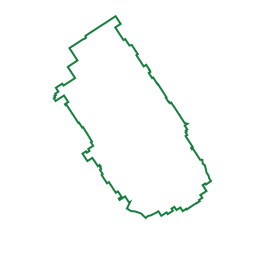 Tammin, Western Australia, Australia (orthographic projection), rotated 327°
{"feature_id": "25037944B7078020583356", "entity_name": "Tammin", "entity_type": "district", "adm_level": 2, "iso_a3": "AUS", "parent_name": "Australia", "parent_adm1": "Western Australia", "projection": "orthographic", "projection_center": [117.495, -31.605], "detail": "fine", "context": "isolated", "style": "outline", "palette": "green", "viewbox_px": 256, "rotation_deg": 327, "n_neighbors": 0, "source": "geoboundaries", "source_scale": "gbopen_adm2", "svg_char_len": 4748}
<svg xmlns="http://www.w3.org/2000/svg" viewBox="0 0 256 256"><g transform="rotate(327 128 128)"><path d="M93.9,213.2L96.0,212.7L96.3,212.7L97.0,212.8L98.4,213.3L99.6,213.7L100.6,213.8L101.3,213.9L102.9,214.1L103.9,214.2L104.4,214.2L105.2,214.3L105.6,214.4L105.9,214.4L106.2,214.4L107.0,214.4L107.9,214.4L108.1,214.4L108.1,219.8L114.4,219.8L114.4,221.9L116.7,221.9L120.6,221.8L120.6,219.4L123.9,219.4L123.9,221.3L123.9,221.8L123.9,222.2L123.9,222.4L124.0,223.2L124.7,223.2L128.6,223.2L128.6,224.2L128.6,224.3L128.6,225.1L128.6,227.3L128.6,227.5L132.9,227.5L132.9,228.3L144.6,228.2L144.6,228.5L148.3,228.5L148.2,227.1L152.3,227.0L152.3,224.2L152.2,223.6L159.5,223.6L159.5,217.7L159.5,216.6L162.5,216.6L162.5,217.8L168.5,217.8L168.7,217.6L168.7,217.4L168.7,217.2L168.7,216.8L168.7,216.1L168.7,214.8L168.8,214.7L168.8,214.4L168.8,214.2L169.0,213.5L169.3,212.7L169.5,212.2L169.6,211.9L169.6,211.7L169.6,211.2L169.6,210.6L169.6,209.6L169.6,208.6L169.6,208.2L169.7,207.9L170.0,207.1L170.4,206.1L170.7,205.3L171.1,204.2L171.4,203.3L171.7,202.6L171.8,202.1L172.0,201.5L172.1,201.3L172.1,201.1L172.1,200.9L172.1,200.7L172.0,200.4L171.9,200.3L171.8,200.0L171.5,199.6L171.5,199.4L171.3,199.2L171.3,198.8L171.3,198.6L171.4,198.3L171.5,198.1L171.7,197.7L171.9,197.3L172.1,197.0L172.2,196.9L172.3,196.6L172.5,196.2L172.7,195.7L172.8,195.6L172.9,195.2L173.0,195.1L172.9,195.0L172.6,194.9L172.1,194.6L171.2,194.0L171.2,180.7L170.1,180.7L170.1,179.1L171.9,179.1L171.9,171.2L171.9,169.7L171.9,168.0L171.9,166.7L171.9,166.1L173.9,166.1L173.9,163.0L175.1,163.0L175.1,161.6L176.9,161.6L176.9,156.8L180.1,156.8L179.5,156.1L179.0,155.5L178.3,154.7L178.2,154.6L178.2,153.8L178.2,153.7L178.2,153.4L178.2,153.0L178.2,152.9L178.2,152.5L178.2,152.4L178.2,152.1L178.2,151.9L178.2,151.4L178.2,151.2L178.2,150.8L178.2,150.6L178.2,150.4L178.2,150.1L178.2,149.8L178.2,149.7L178.2,149.1L178.2,148.7L178.2,148.4L178.2,148.1L178.2,147.9L178.2,147.6L178.2,147.4L178.2,147.1L178.2,146.9L178.3,145.7L178.2,145.7L178.2,135.0L178.0,134.6L178.1,134.4L178.1,130.2L176.7,130.2L176.7,128.4L176.2,128.4L176.2,123.2L177.0,123.2L177.0,107.2L176.6,107.2L176.6,99.4L175.4,99.4L175.4,98.4L175.4,98.0L175.4,97.4L175.4,96.3L175.4,95.4L175.4,94.1L175.4,93.1L177.3,93.1L177.3,91.3L177.7,91.3L177.7,84.9L174.7,84.9L174.7,74.6L174.7,71.5L176.4,71.5L176.4,71.4L176.4,60.4L175.3,60.0L174.1,59.6L174.1,51.9L173.4,51.8L172.1,51.8L172.1,36.7L174.2,36.7L175.7,36.7L177.3,36.7L178.3,36.7L178.5,36.7L178.5,35.7L178.5,34.5L178.5,33.3L178.5,31.4L178.5,30.2L178.5,29.8L178.5,27.5L175.1,27.5L172.2,27.5L169.2,27.5L167.9,27.5L166.0,27.5L165.4,27.5L162.7,27.5L159.7,27.5L159.0,27.5L157.7,27.5L156.1,27.5L154.6,27.5L151.5,27.5L149.3,27.5L144.3,27.5L142.9,27.5L142.7,27.6L142.4,27.7L142.4,27.8L142.3,28.0L142.2,28.1L142.2,28.8L142.2,29.0L142.1,29.3L141.9,29.4L141.7,29.5L140.7,29.5L139.7,29.5L139.4,29.4L139.0,29.2L138.8,29.2L138.6,29.1L138.4,29.1L137.5,29.1L136.5,29.1L135.5,29.1L135.0,29.1L134.8,29.1L134.7,29.1L133.4,29.1L131.1,29.1L130.5,29.1L130.0,29.1L128.9,29.1L128.4,29.1L127.6,29.1L126.2,29.1L125.2,29.1L124.9,29.1L123.4,29.1L122.6,29.1L122.4,29.1L122.4,30.3L122.4,31.5L122.4,32.8L122.4,34.1L122.4,35.2L122.4,38.5L122.4,40.0L122.4,42.9L122.4,43.8L110.8,44.0L110.8,44.9L110.8,49.0L110.8,50.7L110.8,52.2L110.8,53.7L110.8,54.9L110.8,56.5L110.8,57.3L110.3,57.3L109.5,57.3L107.1,57.3L105.5,57.3L104.3,57.3L101.8,57.3L101.6,57.3L101.3,57.3L101.2,57.3L97.1,57.3L97.0,55.0L89.4,55.0L89.4,59.6L85.5,59.6L85.5,61.1L83.6,61.1L83.6,62.7L82.0,62.7L82.0,65.9L92.0,65.9L92.0,73.7L88.1,73.7L88.1,74.8L88.9,74.8L89.0,74.8L89.1,75.0L89.1,76.2L89.1,77.8L89.1,79.0L89.1,80.1L89.1,81.1L89.1,82.4L89.1,82.8L89.1,83.9L89.1,86.7L89.1,89.5L89.1,89.8L89.1,90.1L89.1,90.6L89.1,90.8L89.1,92.4L89.1,96.8L89.8,96.8L89.8,102.7L90.7,102.7L90.7,108.8L90.5,116.1L90.4,116.1L90.4,119.8L89.1,119.8L89.1,124.0L83.4,124.0L83.2,124.0L83.2,126.3L80.1,126.3L80.1,124.8L80.1,124.7L79.5,124.7L79.4,124.7L75.9,124.7L75.9,124.8L75.9,133.6L81.8,133.6L81.8,134.0L81.8,134.3L81.8,135.2L81.9,137.2L81.9,143.6L84.1,143.5L84.1,143.8L84.1,145.5L83.4,145.5L83.2,145.7L83.2,145.8L83.2,147.5L83.1,147.8L82.0,147.8L81.9,147.9L81.8,148.0L81.7,148.0L81.7,152.7L81.7,152.8L81.6,153.0L81.4,153.1L80.6,153.1L80.3,153.1L80.3,153.3L80.3,156.6L80.3,159.4L80.3,163.0L82.5,163.0L82.5,175.7L85.0,175.7L85.1,182.2L81.8,182.2L81.8,183.8L88.3,183.8L88.3,191.2L89.3,191.2L88.5,191.7L87.8,192.2L86.7,192.8L85.7,193.5L84.7,194.1L84.1,194.5L83.3,194.9L83.4,195.0L83.7,195.8L84.8,198.3L85.1,198.9L85.2,199.1L85.3,199.3L85.5,199.5L86.0,199.9L86.9,200.6L87.8,201.3L88.5,201.8L88.7,202.1L89.1,202.5L89.6,203.2L90.1,203.8L90.8,204.8L91.5,205.7L92.2,206.5L92.3,206.8L92.5,207.3L92.8,208.4L93.0,209.4L93.2,210.5L93.7,212.4L93.9,213.2Z" fill="none" stroke="#15803d" stroke-width="2"/></g></svg>